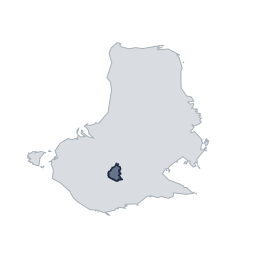 Quilpie, Queensland, Australia shown in context, rotated 109°
{"feature_id": "25037944B55337411871300", "entity_name": "Quilpie", "entity_type": "district", "adm_level": 2, "iso_a3": "AUS", "parent_name": "Australia", "parent_adm1": "Queensland", "projection": "robinson", "projection_center": [143.431, -26.15], "detail": "fine", "context": "in_parent", "style": "filled", "palette": "slate", "viewbox_px": 256, "rotation_deg": 109, "n_neighbors": 0, "source": "geoboundaries", "source_scale": "gbopen_adm2", "svg_char_len": 5944}
<svg xmlns="http://www.w3.org/2000/svg" viewBox="0 0 256 256"><g transform="rotate(109 128 128)"><path d="M171.8,51.4L174.4,63.7L177.7,63.1L181.3,66.8L181.9,74.3L184.1,76.9L184.6,83.9L186.2,87.5L196.7,94.3L200.8,105.3L202.0,105.9L202.3,103.9L204.5,105.9L204.9,105.0L205.8,110.6L207.2,112.2L210.2,114.0L215.9,123.5L215.5,129.8L217.6,137.4L214.2,151.6L212.0,156.7L206.8,162.6L201.8,174.2L200.5,182.9L191.8,185.0L187.4,188.7L184.7,189.0L185.5,191.2L181.3,188.0L181.9,187.3L181.6,186.5L180.8,186.5L179.4,187.9L178.4,187.0L180.1,185.8L179.1,184.8L173.4,189.5L164.5,187.2L157.5,181.4L157.2,176.9L153.9,172.9L155.3,173.0L155.2,171.8L150.6,173.1L151.9,170.0L150.0,165.6L148.4,170.6L145.0,171.1L145.5,169.5L147.1,169.5L149.3,162.6L148.6,157.5L146.3,162.9L142.9,164.9L140.7,168.2L141.0,169.8L139.6,169.6L137.4,167.8L138.8,167.8L137.7,164.6L135.4,160.9L133.6,160.5L133.2,157.3L119.7,151.9L97.2,156.0L90.2,159.7L87.3,164.3L71.6,164.6L63.5,170.2L57.7,169.9L50.9,166.1L50.6,162.3L52.2,162.9L53.4,160.6L52.8,152.9L49.6,147.1L48.1,139.8L39.7,124.6L42.7,126.2L40.7,121.6L42.1,124.3L44.3,125.1L40.2,115.6L42.2,102.5L42.9,105.6L45.3,102.2L53.9,96.2L57.0,96.5L72.8,90.8L78.6,83.1L78.1,78.1L81.2,74.5L84.0,80.0L85.3,76.9L83.5,74.7L84.0,73.4L89.3,74.3L87.6,73.8L88.6,71.6L87.6,69.6L90.4,69.4L89.4,67.9L91.7,67.7L90.9,65.6L92.9,63.3L93.0,64.7L94.6,64.5L94.8,61.8L97.1,62.8L98.6,60.6L101.1,62.1L104.5,65.8L103.9,68.8L106.2,65.9L111.0,67.8L111.9,66.2L109.7,64.0L115.2,53.9L116.3,54.5L118.2,52.0L118.9,53.1L124.6,52.3L124.4,49.9L120.6,48.1L121.2,47.4L135.1,52.7L139.1,50.8L138.1,52.7L139.8,53.8L141.9,51.4L143.7,53.5L141.6,58.0L139.2,58.4L139.3,61.6L137.1,66.7L149.7,75.9L153.2,76.8L154.2,79.1L159.9,80.6L163.9,72.6L164.2,60.9L164.8,56.5L166.2,55.5L165.1,53.5L168.6,45.0L171.8,51.4ZM178.3,199.0L185.0,201.5L192.9,199.9L193.3,206.8L192.8,205.6L192.0,207.0L191.7,211.6L188.9,209.7L187.1,213.9L183.7,213.6L184.4,212.4L181.4,210.4L180.3,206.9L181.6,207.5L178.5,202.6L178.3,199.0ZM114.1,47.5L118.1,47.5L119.3,48.8L116.7,51.3L114.1,47.5ZM143.6,174.5L150.3,174.3L147.5,175.4L143.6,174.5ZM142.7,60.9L143.6,63.4L141.0,63.0L141.4,61.2L142.7,60.9ZM215.5,122.4L215.4,119.5L216.4,117.1L216.8,118.8L215.5,122.4ZM191.1,194.9L193.3,195.5L193.4,196.4L191.1,194.9ZM113.7,48.2L115.1,50.7L112.6,50.6L113.7,48.2ZM176.0,195.3L174.7,195.0L175.4,193.4L176.0,195.3ZM156.2,74.9L155.0,75.6L153.8,76.0L154.4,74.6L156.2,74.9ZM39.7,123.9L38.6,122.5L38.4,121.2L38.6,121.2L39.7,123.9ZM192.9,197.4L193.7,198.0L192.1,197.5L192.9,197.4ZM206.7,110.9L207.6,110.9L207.6,112.2L206.7,110.9ZM184.9,83.8L186.0,84.6L185.8,85.0L184.9,83.8ZM188.8,212.2L188.9,213.3L188.1,213.0L188.8,212.2ZM216.9,130.9L216.9,132.4L216.9,130.9ZM124.2,47.4L123.5,46.7L124.0,46.4L124.2,47.4ZM142.8,47.5L141.8,48.8L142.9,46.6L142.8,47.5ZM217.1,129.0L216.6,129.5L216.9,128.9L217.1,129.0ZM144.4,70.5L143.8,70.7L144.1,70.1L144.4,70.5ZM140.8,60.9L140.1,61.0L140.5,60.2L140.8,60.9ZM48.2,96.2L48.1,97.2L47.8,97.2L48.2,96.2ZM167.4,44.4L167.4,45.3L167.1,44.7L167.4,44.4ZM180.8,186.9L181.0,187.4L180.8,187.3L180.8,186.9ZM141.6,49.1L140.3,50.0L141.6,48.9L141.6,49.1ZM90.9,64.4L90.5,65.0L90.8,64.3L90.9,64.4ZM189.3,211.4L188.9,211.6L189.1,211.2L189.3,211.4ZM155.7,77.8L154.9,77.8L155.3,77.3L155.7,77.8ZM88.4,68.9L88.0,69.2L88.0,68.5L88.4,68.9ZM192.5,209.0L191.9,209.3L192.1,208.7L192.5,209.0ZM167.9,42.1L167.8,42.7L167.4,42.4L167.9,42.1ZM180.5,187.6L181.1,188.1L180.1,188.0L180.5,187.6ZM198.0,94.2L197.5,94.2L197.7,93.6L198.0,94.2ZM201.8,103.8L201.6,103.8L201.8,103.3L201.8,103.8ZM178.6,198.1L178.5,198.5L178.3,198.0L178.6,198.1Z" fill="#d9dde1" stroke="#a8b0b8" stroke-width="1"/><path d="M165.9,127.5L166.7,127.6L166.9,127.6L167.8,127.7L168.3,127.7L168.5,127.7L169.7,128.7L169.7,128.8L170.1,129.1L170.4,129.4L170.6,129.4L170.6,129.6L170.5,130.0L171.8,130.1L172.5,130.2L172.5,130.3L172.8,130.3L172.8,130.2L173.4,130.3L173.7,130.4L173.6,130.7L174.2,130.8L174.2,130.7L174.8,131.1L175.3,132.0L176.0,132.1L176.9,132.1L176.9,131.8L177.3,131.9L177.4,131.5L177.7,131.6L177.7,131.3L177.7,131.2L177.8,131.1L178.9,131.3L179.0,131.3L179.4,131.3L179.5,131.0L179.5,130.9L179.8,130.9L179.9,130.5L179.9,130.2L180.6,130.3L180.7,129.5L180.6,129.0L180.7,128.8L180.8,128.8L181.0,128.8L181.0,128.6L181.0,128.3L181.0,128.2L181.1,127.5L181.3,127.5L181.3,127.4L181.3,127.2L181.2,127.1L181.1,126.9L181.3,126.8L181.5,126.0L181.2,126.0L181.3,125.2L181.1,125.2L181.2,124.4L181.5,124.5L181.5,123.7L181.7,123.8L181.8,123.4L181.7,123.4L181.8,122.6L181.8,122.1L181.9,121.2L181.7,121.0L181.6,120.9L181.3,120.8L181.2,120.9L181.2,121.0L181.0,120.8L181.2,120.3L180.4,120.2L180.1,120.2L180.2,119.9L179.9,119.9L179.7,119.9L179.4,119.8L179.6,119.6L179.8,119.5L179.8,119.1L179.8,118.8L179.9,118.5L179.7,118.7L179.4,118.6L179.2,118.4L179.3,118.2L179.0,118.1L179.0,117.7L178.6,117.6L178.7,116.9L178.5,116.7L178.4,116.8L178.3,118.3L177.6,118.9L177.5,118.7L177.3,119.2L177.2,119.1L176.6,119.6L176.5,119.8L176.4,119.9L176.2,120.3L176.2,120.5L176.0,120.8L176.0,121.0L175.9,121.2L175.8,121.3L175.7,121.5L175.1,121.0L174.7,121.0L174.5,120.6L174.4,120.5L174.4,120.4L174.2,120.3L174.1,120.2L173.9,120.1L173.7,119.9L173.2,120.4L173.0,120.5L173.0,121.0L172.9,121.6L173.1,121.6L173.1,121.8L172.8,121.8L172.7,121.8L172.3,121.7L172.0,121.7L172.0,122.3L171.0,122.2L171.0,122.7L170.6,122.7L170.6,121.9L169.9,121.9L169.9,121.7L169.2,121.6L169.0,121.8L168.9,121.8L168.8,122.0L168.7,122.1L168.5,122.3L168.4,122.3L168.2,122.4L168.0,122.5L167.9,122.5L167.7,122.6L167.5,122.9L167.4,122.9L167.3,124.1L167.4,124.6L167.3,124.8L167.2,124.9L167.2,125.0L167.1,125.3L167.0,125.5L166.9,125.6L166.2,125.5L165.8,125.4L165.8,125.5L165.4,125.4L165.4,125.5L165.4,125.8L165.4,126.0L165.4,125.9L165.4,126.0L165.5,126.1L165.5,126.3L165.6,126.5L165.6,126.4L165.6,126.5L165.8,126.7L165.8,126.8L165.8,127.0L166.0,127.2L166.0,127.3L165.9,127.3L166.0,127.3L165.9,127.4L166.0,127.4L165.9,127.4L166.0,127.4L165.9,127.4L165.9,127.5L165.9,127.4L165.9,127.5L165.9,127.5Z" fill="#64748b" stroke="#1e293b" stroke-width="1.5"/></g></svg>